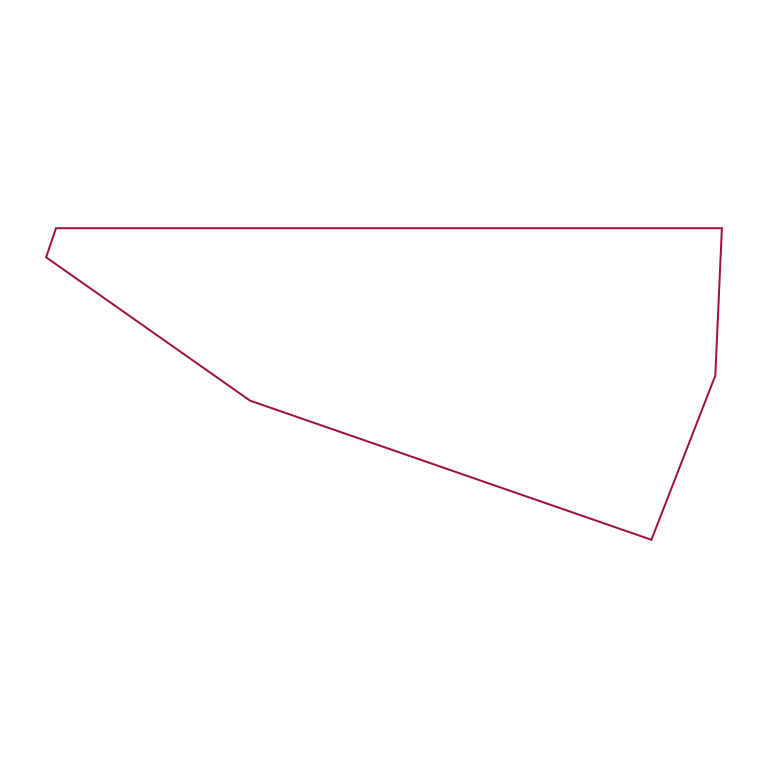 outline of Sint Maarten
{"feature_id": "SXM", "entity_name": "Sint Maarten", "entity_type": "country or territory", "adm_level": 0, "iso_a3": "SXM", "parent_name": "North America", "parent_adm1": "", "projection": "orthographic", "projection_center": [-63.073, 18.044], "detail": "fine", "context": "isolated", "style": "outline", "palette": "rose", "viewbox_px": 768, "rotation_deg": 0, "n_neighbors": 0, "source": "natural_earth", "source_scale": "50m", "svg_char_len": 208}
<svg xmlns="http://www.w3.org/2000/svg" viewBox="0 0 768 768"><path d="M56.0,228.2L721.9,228.2L715.3,375.6L651.4,539.8L250.1,400.7L46.1,257.3L56.0,228.2Z" fill="none" stroke="#9f1239" stroke-width="2"/></svg>